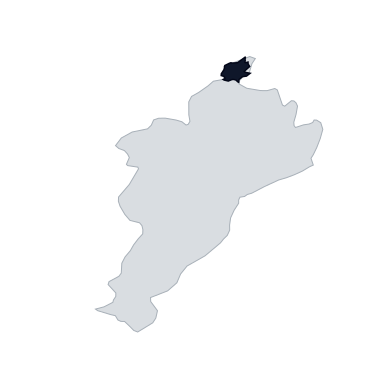 Koper on a map of Slovenia (Equal Earth projection), rotated 146°
{"feature_id": "SVN-1031", "entity_name": "Koper", "entity_type": "Municipality", "adm_level": 1, "iso_a3": "SVN", "parent_name": "Slovenia", "parent_adm1": "", "projection": "equal_earth", "projection_center": [13.807, 45.513], "detail": "fine", "context": "in_parent", "style": "filled", "palette": "ink", "viewbox_px": 384, "rotation_deg": 146, "n_neighbors": 0, "source": "natural_earth", "source_scale": "10m", "svg_char_len": 2303}
<svg xmlns="http://www.w3.org/2000/svg" viewBox="0 0 384 384"><g transform="rotate(146 192 192)"><path d="M337.5,148.9L329.2,146.0L319.3,144.8L317.5,146.4L313.6,148.0L311.6,150.9L313.3,162.2L310.9,164.1L299.7,163.0L296.0,164.3L290.0,172.2L283.8,175.6L275.8,177.9L270.0,180.8L262.6,183.3L256.3,184.8L253.8,188.2L252.3,192.1L252.7,195.8L259.3,203.1L260.2,210.9L259.6,220.4L258.2,225.5L255.7,228.9L239.8,233.3L223.4,241.1L223.0,242.9L230.6,249.9L230.9,251.6L224.7,255.6L224.2,259.6L224.9,264.2L228.3,268.9L229.5,273.2L220.4,276.3L208.1,275.2L193.5,269.2L188.4,270.1L183.5,273.2L178.4,271.8L172.9,268.2L165.0,260.6L161.1,255.9L159.5,250.9L157.4,250.2L154.2,251.7L151.5,257.7L144.3,268.5L138.9,271.5L130.8,270.8L119.4,271.0L112.3,271.9L103.7,268.1L101.6,268.8L101.6,271.3L98.3,275.3L93.0,277.9L68.4,272.0L64.9,267.2L70.5,264.9L78.2,258.6L83.4,259.3L89.9,258.0L92.6,255.3L88.6,247.4L78.4,237.7L73.0,234.0L65.5,231.5L64.2,228.9L68.4,213.5L67.1,211.3L58.6,212.1L56.6,210.5L55.9,207.8L56.5,204.2L62.3,198.2L68.6,192.9L70.3,189.9L70.1,187.6L62.0,185.3L57.0,182.9L53.1,182.1L50.5,183.4L48.5,181.9L46.5,177.5L48.5,170.8L55.8,164.6L63.7,159.1L70.6,155.1L74.5,153.4L76.4,146.5L80.5,147.2L88.6,147.6L97.6,149.1L106.0,151.1L113.5,153.5L129.0,156.0L143.2,157.6L147.5,159.0L150.9,158.9L155.2,160.9L157.8,159.3L159.6,156.6L167.3,153.3L174.4,149.0L179.3,143.6L182.1,139.3L187.0,136.3L192.1,135.4L196.9,133.9L216.9,131.8L237.5,133.4L247.3,130.4L255.3,125.2L267.1,123.7L267.7,123.7L285.4,127.7L286.8,125.4L287.5,124.3L287.0,112.9L292.5,107.7L297.7,105.5L315.3,106.3L317.7,109.8L318.7,115.2L320.3,122.4L323.3,124.5L325.0,127.3L324.7,132.3L328.2,136.1L336.5,146.3L337.5,148.9Z" fill="#d9dde1" stroke="#a8b0b8" stroke-width="1"/><path d="M85.7,259.4L90.1,259.0L92.0,256.9L92.3,257.4L93.1,260.5L93.6,261.0L94.5,262.0L96.0,262.9L99.9,263.7L102.8,266.9L103.2,267.8L101.7,267.5L101.1,267.9L100.8,268.7L100.8,270.0L102.7,272.2L101.5,273.7L97.2,275.4L95.8,276.6L95.0,277.8L94.0,278.5L89.0,277.8L87.5,277.4L86.3,276.2L81.9,273.7L72.6,274.1L72.7,273.3L73.2,273.0L73.3,273.0L73.6,272.7L73.8,272.3L74.0,271.9L74.3,271.3L75.3,270.3L75.7,269.8L75.5,269.5L75.4,269.3L72.9,268.4L73.9,266.7L74.0,263.8L81.3,262.8L81.3,262.1L80.3,260.8L78.9,259.4L77.4,257.9L82.0,257.6L85.7,259.4Z" fill="#0f172a" stroke="#020617" stroke-width="1.5"/></g></svg>